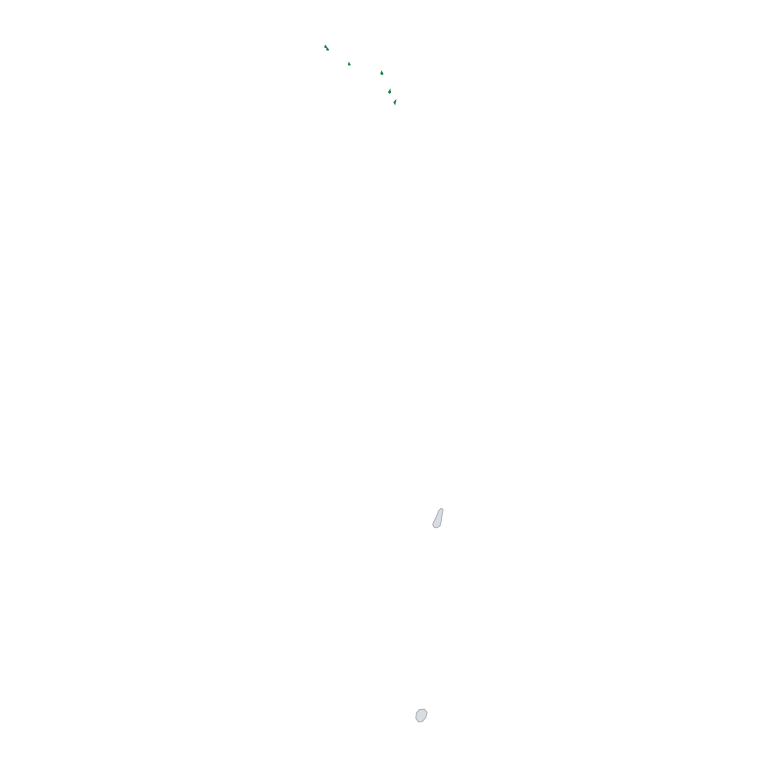 Shaviyani on a map of Maldives (Robinson projection)
{"feature_id": "MDV-5225", "entity_name": "Shaviyani", "entity_type": "Atoll", "adm_level": 1, "iso_a3": "MDV", "parent_name": "Maldives", "parent_adm1": "", "projection": "robinson", "projection_center": [73.113, 6.266], "detail": "coarse", "context": "in_parent", "style": "filled", "palette": "green", "viewbox_px": 768, "rotation_deg": 0, "n_neighbors": 0, "source": "natural_earth", "source_scale": "10m", "svg_char_len": 1020}
<svg xmlns="http://www.w3.org/2000/svg" viewBox="0 0 768 768"><path d="M440.0,525.8L436.8,527.8L433.8,527.0L432.7,524.5L434.2,520.9L436.7,516.2L438.5,511.1L441.0,508.4L442.9,509.3L442.7,512.1L441.8,516.1L441.2,521.1L440.0,525.8ZM422.3,721.5L418.4,721.9L415.9,718.3L416.4,713.1L419.5,709.5L424.4,709.2L427.1,712.5L425.7,717.6L422.3,721.5Z" fill="#d9dde1" stroke="#a8b0b8" stroke-width="1"/><path d="M389.9,90.6L390.0,91.3L390.3,91.8L390.3,92.3L389.6,92.9L388.9,92.2L389.0,91.8L389.5,91.3L389.9,90.6ZM381.6,72.2L381.9,72.8L382.3,73.0L382.5,73.3L382.4,74.1L381.3,73.9L381.1,73.4L381.4,72.9L381.6,72.2ZM394.8,101.7L395.3,101.2L394.8,103.4L394.3,102.6L394.4,102.1L394.8,101.7ZM327.3,48.6L327.6,49.0L327.9,49.3L328.1,49.5L328.0,49.9L327.1,49.7L326.9,49.4L327.3,48.6ZM325.4,46.1L325.7,46.5L326.0,46.8L326.2,47.0L326.1,47.4L325.2,47.2L325.1,46.9L325.3,46.5L325.4,46.1ZM349.0,63.5L349.3,64.0L349.6,64.2L349.8,64.4L349.7,64.8L348.8,64.6L348.7,64.3L348.9,63.9L349.0,63.5Z" fill="#22c55e" stroke="#15803d" stroke-width="1.5"/></svg>